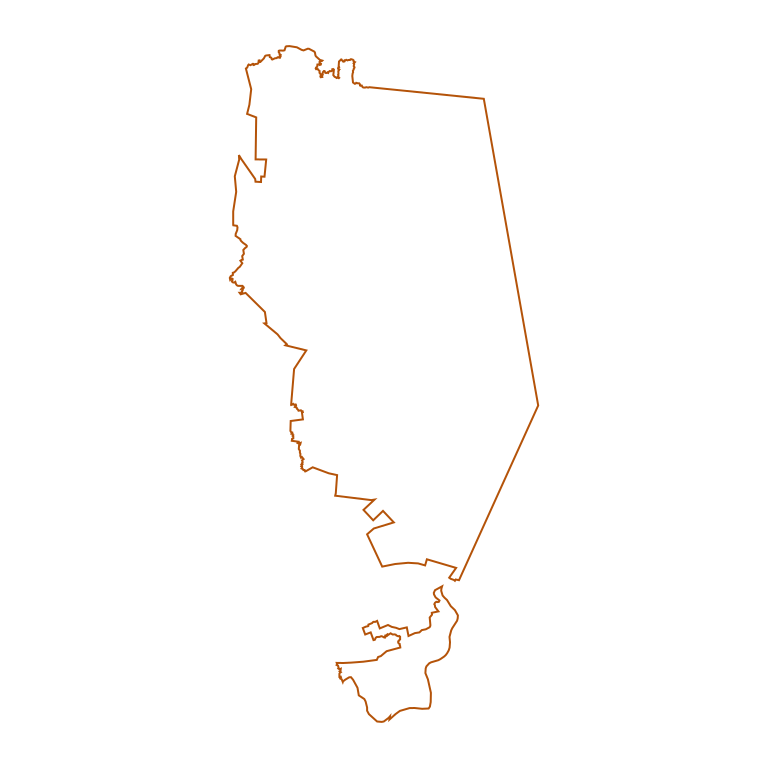 Loma Bonita, Oaxaca, Mexico
{"feature_id": "50627088B96812513465333", "entity_name": "Loma Bonita", "entity_type": "district", "adm_level": 2, "iso_a3": "MEX", "parent_name": "Mexico", "parent_adm1": "Oaxaca", "projection": "albers", "projection_center": [-95.917, 17.963], "detail": "fine", "context": "isolated", "style": "outline", "palette": "amber", "viewbox_px": 768, "rotation_deg": 0, "n_neighbors": 0, "source": "geoboundaries", "source_scale": "gbopen_adm2", "svg_char_len": 5964}
<svg xmlns="http://www.w3.org/2000/svg" viewBox="0 0 768 768"><path d="M459.0,580.2L538.2,405.5L483.8,98.8L369.3,87.2L368.2,87.6L366.3,87.2L365.0,87.6L363.3,87.5L362.6,87.1L361.7,85.5L360.7,85.8L360.0,85.5L360.0,84.4L359.2,83.3L357.8,83.3L356.2,82.8L355.6,83.6L354.8,83.8L353.0,82.5L352.3,76.0L352.6,73.5L353.1,72.3L352.9,70.8L353.7,69.5L353.8,68.4L354.5,67.7L354.5,67.2L353.7,66.1L354.2,64.1L353.6,63.4L354.9,62.1L353.6,61.5L353.6,60.4L352.8,59.7L351.1,59.2L350.5,59.3L350.0,60.0L348.5,60.0L347.5,60.4L346.2,59.8L345.3,60.4L344.7,60.3L344.5,61.4L343.7,61.7L343.0,61.5L342.6,60.7L341.9,60.3L341.5,59.5L341.2,59.4L339.0,61.5L338.7,65.8L339.1,67.1L338.3,67.4L338.1,68.4L339.3,69.4L338.5,70.0L338.8,70.6L338.3,71.3L338.5,74.0L338.1,74.7L338.4,75.5L338.0,76.5L339.2,77.8L338.8,78.2L337.7,77.7L336.5,78.0L336.2,77.4L334.6,76.8L333.3,75.1L333.9,69.6L333.1,69.0L332.3,69.3L332.6,69.8L332.4,70.6L330.9,71.3L329.8,71.0L328.5,72.0L328.2,72.8L327.5,72.3L326.8,73.0L325.4,72.9L324.6,71.1L323.9,71.0L322.9,72.2L322.5,73.8L322.8,74.7L322.0,75.5L322.3,77.0L320.7,77.2L320.4,76.4L321.0,75.6L320.6,75.0L320.7,74.1L319.5,72.8L319.6,71.0L318.3,69.9L317.7,69.0L316.1,69.2L315.7,68.4L316.1,67.5L317.2,66.8L317.4,64.5L318.5,64.4L319.7,65.0L320.8,64.6L321.0,63.8L319.6,62.8L319.5,61.9L320.0,61.3L321.9,61.0L322.3,60.6L319.9,59.9L316.1,56.5L315.5,55.6L314.9,52.4L314.3,51.6L309.0,48.8L307.8,48.7L303.6,50.4L301.7,49.9L296.9,47.3L289.5,46.1L286.3,46.3L285.7,46.7L284.5,50.3L283.3,50.6L279.8,50.5L278.8,50.8L278.7,52.1L279.5,53.3L279.6,54.4L280.7,54.9L280.4,56.1L280.6,56.3L279.9,57.8L279.5,57.7L279.1,56.9L278.6,57.5L277.5,57.3L276.7,58.1L274.9,58.3L272.4,59.5L271.8,59.3L271.3,57.7L269.8,57.1L269.5,55.1L266.0,55.5L265.2,55.9L263.8,58.5L260.3,62.0L259.1,62.0L259.3,60.4L258.7,60.5L258.4,62.9L257.7,63.8L255.5,64.0L253.8,65.1L253.5,65.0L253.4,63.9L252.9,63.8L250.4,65.2L248.7,64.5L248.1,65.2L247.2,67.6L245.9,68.5L251.2,89.2L249.4,104.7L247.1,113.9L256.2,117.4L255.6,159.4L266.2,159.5L264.5,176.7L261.2,176.5L261.0,182.0L255.5,181.7L255.2,179.0L241.4,159.2L238.9,155.1L239.2,159.6L234.8,176.3L236.2,191.8L233.2,211.4L233.2,224.8L233.3,225.3L236.9,225.8L237.5,227.3L237.2,230.2L235.7,233.9L235.6,235.9L240.4,239.2L240.4,239.9L241.1,241.0L243.0,242.8L246.1,245.0L246.9,246.0L246.6,246.9L244.8,248.3L243.3,250.0L243.9,253.8L242.2,256.1L242.8,259.6L241.5,260.0L240.4,260.7L242.3,263.2L239.8,266.8L238.3,267.9L235.4,271.3L234.1,272.4L232.8,272.8L232.9,275.0L230.7,276.2L229.8,277.9L230.2,279.9L231.8,278.5L232.6,278.9L232.5,280.1L231.9,281.5L232.7,282.3L234.1,282.6L235.3,281.8L236.1,284.3L236.9,285.3L238.1,285.9L242.5,285.9L243.8,287.4L243.7,287.9L241.9,288.2L241.5,288.8L242.4,288.6L242.9,289.1L242.6,290.5L241.8,291.2L242.3,292.5L241.0,293.8L240.2,292.8L239.6,292.8L240.7,294.3L245.6,292.9L264.9,312.0L266.5,323.1L264.4,323.4L277.6,334.4L280.5,338.1L286.8,344.2L285.4,345.3L306.3,350.4L294.1,369.0L291.2,403.8L291.5,403.5L291.8,404.7L293.1,404.0L293.3,404.6L295.1,404.5L295.1,405.0L295.9,404.8L296.1,405.7L294.9,407.0L296.7,407.7L297.2,409.1L297.9,409.5L298.5,410.7L300.9,410.3L301.4,411.1L302.6,411.2L302.8,412.1L301.9,412.2L302.9,419.4L290.7,421.0L290.4,430.9L291.1,432.1L292.0,432.4L291.5,433.7L292.6,433.7L292.6,434.8L293.2,435.1L292.7,436.0L293.3,436.4L293.3,438.4L292.1,438.8L291.8,440.8L298.3,441.7L297.5,443.0L298.1,443.3L299.3,442.7L299.8,443.2L300.6,442.9L300.1,444.8L299.1,445.1L298.8,449.0L299.9,450.7L299.9,452.8L300.4,453.7L300.3,455.9L301.1,457.7L301.9,457.0L303.6,459.1L302.0,460.4L302.7,462.1L301.9,463.2L302.5,464.0L301.5,464.6L302.0,465.1L301.3,466.3L302.1,466.6L302.1,467.9L301.6,468.5L302.9,469.1L303.4,470.1L304.6,470.0L305.1,471.4L305.5,471.4L312.7,467.3L328.8,473.3L337.1,475.1L335.8,493.2L335.2,495.7L371.3,500.1L374.5,499.6L363.5,509.9L373.2,520.3L383.0,510.9L393.8,522.4L373.8,528.5L367.1,534.3L382.2,566.6L395.2,564.0L408.1,562.8L418.1,563.4L425.1,565.4L426.9,559.3L456.1,567.9L449.2,577.7L450.7,578.8L454.0,580.0L454.9,580.8L455.7,579.5L459.0,580.2ZM389.5,719.5L395.4,714.2L399.9,710.9L409.5,708.1L414.6,708.0L422.1,708.8L428.6,708.5L429.9,706.6L430.7,702.1L430.9,692.8L427.9,679.3L425.4,673.1L425.7,668.4L426.4,666.4L429.2,663.3L431.1,662.3L438.3,660.2L440.4,659.1L444.2,656.5L445.8,655.0L447.2,653.1L448.7,650.4L449.6,647.6L450.0,642.3L449.5,636.9L451.2,630.4L452.3,628.1L457.1,620.7L457.7,618.3L457.9,615.4L454.9,610.1L450.8,606.2L447.0,600.0L444.5,597.7L442.6,595.5L441.2,590.8L441.4,588.6L442.1,586.3L435.0,590.2L433.8,592.9L434.0,594.4L435.6,597.4L439.5,600.5L438.9,601.8L437.8,602.1L436.3,601.8L435.0,602.8L434.3,604.2L434.9,605.2L435.1,607.0L438.4,611.4L431.8,612.8L432.0,614.7L429.7,617.5L430.4,625.2L430.1,626.5L429.5,627.3L425.8,629.3L421.8,630.1L419.4,632.4L414.9,633.1L408.5,636.0L406.8,627.4L399.4,629.1L396.0,627.8L391.8,626.9L388.0,625.0L379.8,628.4L377.1,620.9L375.2,621.9L373.7,621.8L373.0,622.1L372.1,623.1L368.4,624.6L368.3,626.0L368.0,626.2L366.0,626.6L362.8,628.0L365.2,634.5L370.7,632.4L373.5,640.1L374.8,639.8L375.8,637.7L376.8,637.0L379.5,636.9L381.2,636.2L382.2,636.4L384.2,637.5L384.9,637.5L384.8,636.7L385.2,635.8L386.0,636.4L386.7,636.1L386.4,635.1L387.6,634.2L388.2,634.9L390.6,633.3L392.6,634.5L394.7,634.4L395.8,634.7L396.4,635.5L398.3,636.3L399.3,636.0L400.1,636.7L400.1,639.4L399.4,639.9L399.2,640.6L398.2,641.3L398.2,642.5L398.6,643.3L399.8,644.1L399.7,645.1L400.1,645.9L400.3,647.5L386.6,651.2L380.8,656.1L378.1,657.0L376.8,659.9L363.3,661.7L351.4,662.6L343.3,663.0L336.7,662.9L337.2,664.5L336.7,665.0L338.1,665.8L338.6,667.8L338.2,668.4L339.2,669.1L340.0,668.9L340.1,669.2L339.8,669.9L340.7,669.2L340.5,670.8L339.7,671.3L340.8,672.2L339.8,672.9L339.4,673.7L339.4,677.2L340.0,677.7L340.8,676.9L341.0,677.3L340.2,678.1L340.2,678.5L341.7,679.3L342.8,682.0L343.0,681.4L345.2,679.7L349.2,677.3L351.0,677.2L353.1,679.8L357.5,687.8L358.8,695.4L364.3,699.0L365.6,701.5L367.1,707.5L367.1,710.7L368.9,714.1L377.1,721.5L381.7,721.9L383.8,721.5L388.7,717.8L390.0,716.3L389.5,719.5Z" fill="none" stroke="#b45309" stroke-width="2"/></svg>